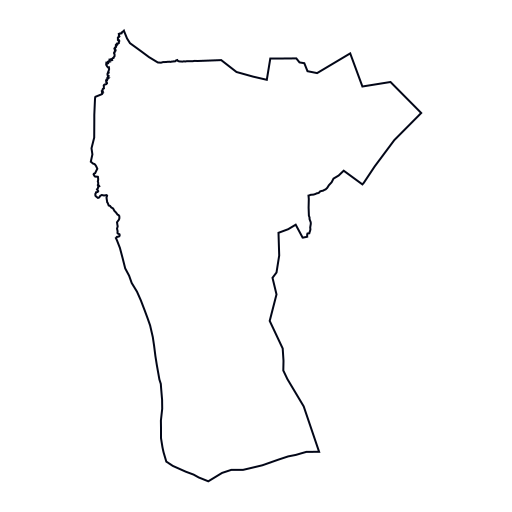 outline of Ise/Orun, Ekiti, Nigeria
{"feature_id": "59680162B94034829608504", "entity_name": "Ise/Orun", "entity_type": "district", "adm_level": 2, "iso_a3": "NGA", "parent_name": "Nigeria", "parent_adm1": "Ekiti", "projection": "robinson", "projection_center": [5.354, 7.425], "detail": "fine", "context": "isolated", "style": "outline", "palette": "ink", "viewbox_px": 512, "rotation_deg": 0, "n_neighbors": 0, "source": "geoboundaries", "source_scale": "gbopen_adm2", "svg_char_len": 4866}
<svg xmlns="http://www.w3.org/2000/svg" viewBox="0 0 512 512"><path d="M208.3,481.3L222.1,472.9L231.2,469.9L239.0,469.9L242.9,469.9L249.3,468.4L262.3,465.3L274.8,460.9L279.1,459.4L288.2,456.4L295.9,454.9L300.3,453.6L306.3,451.9L316.7,451.8L319.1,451.8L303.7,406.4L287.4,379.1L283.3,370.5L283.5,360.9L282.7,348.5L269.7,320.9L276.5,294.4L272.5,277.8L276.5,272.5L279.2,255.5L278.5,232.8L288.2,229.2L295.7,224.7L302.4,237.2L302.6,237.6L303.2,237.6L304.9,237.2L305.6,237.1L306.6,236.9L307.2,236.7L307.1,236.1L307.2,235.4L307.2,234.3L307.5,233.5L309.3,233.3L309.7,231.9L310.1,230.7L310.4,229.4L310.2,227.4L310.8,223.8L310.7,222.2L310.0,220.4L309.5,218.9L309.6,218.1L309.5,217.4L308.9,215.7L308.6,207.6L308.8,199.0L308.5,195.6L309.0,195.5L310.7,194.8L313.5,194.6L315.4,194.0L316.8,193.3L317.8,193.2L319.1,192.6L320.1,191.4L321.4,191.0L323.0,190.7L324.4,189.9L325.6,189.4L327.2,187.9L328.9,185.2L331.6,182.3L333.5,178.6L338.7,175.5L343.7,170.7L362.4,184.4L363.8,182.8L374.7,166.4L394.3,140.1L421.2,113.0L390.5,82.0L362.4,86.5L350.2,53.4L317.1,73.1L307.5,71.2L304.3,63.2L299.5,62.4L296.3,58.4L283.7,58.5L270.3,58.5L266.8,79.8L253.0,76.6L236.5,72.0L221.2,60.1L197.7,61.0L194.3,60.9L192.8,61.2L186.8,61.2L185.2,61.5L183.9,61.3L182.6,61.6L179.1,61.4L177.1,60.5L177.1,60.1L176.7,60.2L176.1,60.4L175.5,61.0L175.2,61.3L174.2,61.4L173.7,61.3L172.9,61.6L172.1,61.5L171.0,61.8L170.2,61.9L169.3,61.7L168.5,61.8L167.5,61.8L166.3,62.0L163.0,62.1L161.0,62.7L160.4,62.7L159.8,62.6L157.9,62.5L156.7,61.8L154.4,60.4L150.3,57.9L149.1,57.2L147.1,55.7L143.6,53.1L140.9,51.1L136.5,47.9L130.0,43.2L127.0,38.4L124.0,31.0L123.9,30.7L123.2,31.4L122.2,32.1L121.7,32.5L121.6,33.3L120.8,33.5L119.9,33.7L119.3,33.8L119.3,33.7L118.8,33.9L118.9,34.5L119.1,35.5L118.8,36.0L119.3,36.5L118.8,37.1L117.9,37.6L117.9,39.4L118.5,39.8L118.1,40.3L118.4,40.6L119.2,40.8L119.2,41.6L118.8,42.4L118.8,43.1L117.9,43.4L117.6,44.1L117.2,44.8L116.6,45.1L116.4,44.3L115.8,45.0L115.9,45.7L116.2,46.3L116.1,46.8L115.8,46.8L115.4,47.1L115.1,48.3L114.6,48.2L114.4,48.6L114.8,49.6L115.2,49.2L115.5,49.8L115.6,50.5L115.5,50.8L114.8,51.2L114.8,51.9L114.5,52.7L114.1,52.7L114.0,53.1L114.3,53.7L114.6,54.7L114.5,56.3L113.7,57.3L113.5,58.0L112.8,58.1L112.4,58.6L111.6,59.1L112.1,60.1L111.7,60.3L111.1,59.8L110.4,59.4L110.0,60.0L109.5,59.8L109.4,60.6L109.2,60.9L109.7,61.6L109.2,61.7L108.8,61.8L108.3,61.5L107.7,61.8L107.8,62.2L108.4,62.5L108.2,63.2L107.8,63.4L107.3,63.7L107.0,63.3L106.7,63.0L106.4,62.9L106.4,63.5L106.6,63.7L106.5,64.0L106.2,64.1L106.2,64.8L106.5,65.3L107.2,66.5L108.1,67.5L108.9,67.3L109.0,67.9L109.1,69.2L108.5,71.3L108.3,71.8L108.1,72.1L108.2,72.4L108.6,72.4L108.7,72.7L108.4,72.9L107.8,73.1L107.6,73.4L107.5,74.0L107.5,74.7L107.7,75.4L108.0,75.5L108.3,75.7L108.6,75.8L108.6,76.2L108.4,76.5L108.1,76.3L107.9,76.8L108.3,77.0L108.3,77.6L108.1,77.9L107.7,77.7L107.4,77.8L107.4,78.2L107.8,78.4L108.2,78.4L107.9,78.7L107.4,78.8L107.3,79.2L106.8,79.4L106.9,79.9L107.0,80.3L106.8,80.4L106.6,80.0L106.4,80.0L106.2,80.1L106.1,80.5L106.5,80.9L106.4,81.8L106.2,82.0L106.5,82.3L106.9,82.7L107.0,83.3L106.3,84.1L105.5,84.4L105.0,84.5L104.6,84.5L104.1,84.9L103.7,85.6L103.9,86.3L103.8,87.4L103.9,88.4L103.2,88.8L102.8,89.0L102.4,90.2L102.7,91.2L102.1,90.9L101.8,91.1L102.0,91.9L102.1,93.0L102.5,93.4L102.0,94.1L100.4,94.8L95.4,96.8L95.1,97.8L95.0,99.2L94.8,103.4L94.3,114.8L94.3,121.2L94.2,137.6L91.5,148.3L92.4,154.4L90.8,161.7L92.0,162.7L93.2,163.7L94.4,164.0L95.1,164.6L96.1,166.1L96.8,167.6L97.3,168.8L96.3,170.7L95.2,173.1L94.2,173.6L93.8,173.8L93.6,174.4L93.9,175.0L94.2,175.5L94.8,176.4L95.7,176.7L96.3,176.7L96.6,176.7L96.8,176.6L97.9,176.8L98.0,177.5L98.1,178.4L98.2,179.4L98.0,180.8L97.8,181.3L98.2,182.7L98.2,184.1L97.8,185.1L98.1,185.6L98.9,185.6L99.3,186.2L98.1,187.0L97.8,188.6L97.0,189.3L97.5,190.1L98.2,191.1L97.6,192.0L96.0,192.3L95.8,193.2L95.3,194.0L95.4,195.1L95.4,195.7L96.1,196.5L97.9,197.9L98.8,197.7L99.5,197.0L100.3,195.8L101.8,195.0L104.0,195.5L106.6,195.1L107.1,195.7L106.5,197.5L106.7,199.1L107.0,200.9L107.2,202.3L107.7,202.9L108.7,205.5L110.0,205.9L111.2,207.4L113.1,208.5L114.4,210.9L115.9,212.4L116.8,213.6L117.6,214.7L118.5,215.0L119.3,216.1L119.4,217.5L119.3,218.7L118.7,220.0L117.7,221.3L117.0,222.3L117.2,223.5L117.4,225.0L117.7,226.2L117.4,227.4L117.0,228.7L117.4,230.3L117.6,231.2L117.5,232.2L117.5,233.1L118.1,233.7L119.4,234.2L119.7,235.1L119.3,236.3L117.8,236.8L117.0,236.8L116.7,237.0L116.4,237.8L115.9,238.1L116.9,240.2L119.9,247.9L122.6,258.1L125.2,268.4L129.1,275.7L131.7,283.0L137.0,291.7L140.9,300.5L144.8,310.7L147.5,318.0L150.1,325.4L152.8,337.1L154.1,345.8L155.4,356.1L156.8,364.9L159.4,379.5L160.8,383.9L161.1,388.0L162.1,400.0L162.2,408.8L160.9,420.6L161.0,427.9L161.0,438.1L162.4,446.9L162.8,448.9L163.4,451.6L163.7,452.8L166.3,461.6L172.8,465.9L179.3,468.8L185.8,471.7L193.6,474.6L198.8,477.5L201.1,478.4L208.3,481.3Z" fill="none" stroke="#020617" stroke-width="2"/></svg>